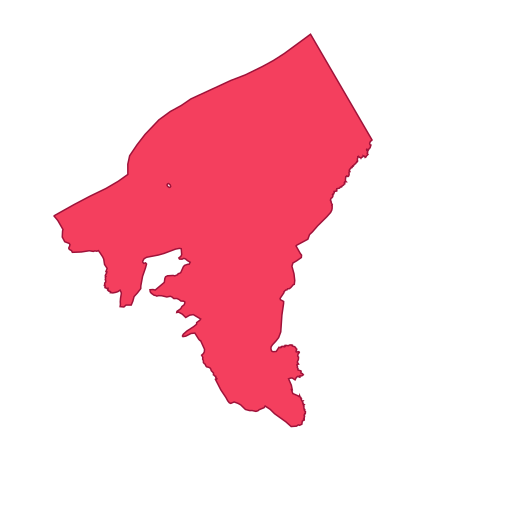 Fizi, Sud-Kivu, Democratic Republic of the Congo (Albers equal-area conic projection), rotated 240°
{"feature_id": "63176286B21708239892428", "entity_name": "Fizi", "entity_type": "district", "adm_level": 2, "iso_a3": "COD", "parent_name": "Democratic Republic of the Congo", "parent_adm1": "Sud-Kivu", "projection": "albers", "projection_center": [28.45, -4.276], "detail": "fine", "context": "isolated", "style": "filled", "palette": "rose", "viewbox_px": 512, "rotation_deg": 240, "n_neighbors": 0, "source": "geoboundaries", "source_scale": "gbopen_adm2", "svg_char_len": 6136}
<svg xmlns="http://www.w3.org/2000/svg" viewBox="0 0 512 512"><g transform="rotate(240 256 256)"><path d="M391.6,101.1L385.9,102.1L375.5,102.1L374.4,101.0L369.3,97.7L364.0,97.5L360.3,100.5L358.9,100.6L357.7,99.5L356.9,98.2L356.0,97.6L354.9,97.7L352.9,98.9L351.0,98.8L346.8,106.8L343.9,114.3L341.3,117.4L341.0,119.0L339.7,120.6L339.5,122.2L337.1,122.5L332.0,122.8L329.5,122.6L324.4,120.6L319.7,120.9L317.5,118.2L316.8,118.9L315.4,117.5L315.4,116.9L314.3,115.6L313.9,115.4L313.3,115.8L312.6,114.7L311.2,114.2L310.9,113.6L309.8,113.5L308.6,112.8L308.2,111.4L306.5,110.6L306.5,110.0L306.0,109.9L305.2,110.3L304.4,109.7L304.1,109.8L304.0,109.5L302.4,110.7L302.1,111.7L301.6,111.5L301.2,110.9L300.3,111.0L300.4,110.6L299.4,110.8L297.9,112.2L297.1,111.5L295.6,113.6L294.7,116.2L294.2,118.5L294.4,121.2L291.7,121.0L290.7,120.5L287.2,117.6L284.3,115.6L281.9,114.4L280.1,113.0L277.9,116.1L278.5,118.9L275.9,123.4L278.5,126.8L281.8,130.1L283.3,134.8L285.4,139.9L287.7,141.3L295.1,147.6L300.9,154.3L303.8,157.2L305.3,156.9L305.7,155.1L307.4,154.8L308.2,155.4L309.6,157.7L309.6,160.6L305.7,171.8L304.2,177.7L302.2,189.8L300.9,193.5L299.7,194.9L294.3,192.3L293.3,190.8L292.9,188.2L291.6,188.2L290.2,190.4L290.0,192.3L288.7,193.5L286.3,194.3L283.5,195.9L282.3,194.0L283.0,192.6L283.6,189.4L283.0,187.7L279.3,182.6L279.2,181.3L279.6,179.8L279.0,178.7L279.4,175.7L280.6,174.5L283.1,169.5L283.2,167.3L282.2,165.9L279.0,163.4L276.9,151.7L278.5,150.0L279.8,147.3L277.9,146.5L276.1,146.7L273.0,148.1L272.0,149.3L270.9,150.0L270.4,151.8L268.8,154.4L265.1,158.3L264.0,161.6L262.8,162.6L260.2,163.6L258.7,166.3L256.6,167.7L254.5,168.5L253.2,170.6L251.9,171.4L250.9,170.9L249.7,169.4L249.3,166.6L248.0,164.5L247.6,159.9L246.7,159.1L246.1,160.9L242.5,163.1L237.9,164.4L237.9,169.0L236.6,172.4L229.1,176.6L228.5,175.3L228.0,171.3L226.6,170.4L226.0,166.6L225.6,158.7L224.6,153.9L223.5,152.3L222.7,152.4L221.7,155.1L221.4,161.0L219.8,164.5L212.4,164.8L210.8,165.2L210.4,165.7L201.0,164.8L198.8,163.3L197.8,161.6L197.3,159.3L194.9,159.3L193.3,158.2L191.7,158.1L190.1,157.2L188.7,157.4L187.6,157.9L186.2,157.6L184.8,157.8L183.1,159.5L181.8,160.3L180.6,160.3L179.1,159.9L176.0,160.7L174.4,159.7L173.6,160.2L172.9,160.2L172.1,160.7L171.6,160.6L171.6,160.8L170.0,160.1L169.8,160.7L169.3,160.8L169.0,160.4L169.4,159.2L157.5,158.6L148.5,159.2L144.7,159.1L142.2,159.5L141.0,160.4L140.5,164.1L137.4,166.7L134.8,168.3L128.4,170.1L125.3,173.2L124.1,175.4L121.5,178.2L121.0,180.2L121.3,182.0L120.6,187.1L121.5,188.9L116.1,191.6L110.2,193.2L97.6,198.9L90.7,201.2L88.4,206.0L88.6,208.2L87.6,209.1L87.4,211.6L89.8,213.5L89.9,215.5L90.1,215.5L89.9,215.8L90.8,216.3L91.5,216.2L91.6,216.8L92.7,217.4L92.4,217.4L92.5,217.7L93.5,217.8L94.3,218.3L94.2,218.9L95.2,219.4L95.1,220.1L95.6,220.5L96.3,220.7L96.7,221.1L97.2,220.8L98.6,220.8L98.8,221.5L99.4,221.3L100.5,221.4L101.4,222.2L102.5,222.2L103.1,223.5L103.8,222.8L104.0,223.1L104.9,222.9L105.1,223.2L106.6,223.3L107.0,224.2L107.4,223.4L108.2,223.3L109.3,223.5L109.5,223.9L109.9,223.7L110.4,224.0L110.7,223.7L111.4,224.0L112.0,223.6L113.2,223.9L112.9,223.6L113.0,222.8L113.5,222.6L113.5,222.8L118.5,219.1L122.5,219.9L122.0,220.5L126.4,222.0L133.4,222.8L132.9,225.3L132.0,226.5L129.2,227.9L130.5,229.9L130.9,231.6L130.8,232.3L129.5,232.9L129.1,233.4L130.3,234.2L129.5,235.2L129.3,236.3L129.5,237.6L130.9,237.4L132.3,236.4L133.7,237.5L134.1,237.4L136.3,235.4L136.6,235.4L137.5,236.1L138.8,236.0L139.8,236.8L140.8,236.8L141.6,237.3L141.1,238.8L143.5,238.7L144.7,240.1L144.8,240.6L145.8,241.4L147.2,242.3L148.0,242.0L148.6,242.1L150.4,243.8L150.6,245.1L151.0,245.4L151.8,245.2L152.5,243.3L152.8,242.9L153.6,243.1L154.4,244.3L155.0,244.7L155.3,244.4L157.0,244.5L158.2,244.1L159.7,242.6L160.2,242.4L160.1,242.7L160.5,242.9L160.6,242.4L161.4,242.1L162.1,240.6L162.2,239.0L163.4,237.6L163.3,236.4L164.0,236.4L163.7,235.7L163.1,235.4L163.4,234.8L163.8,234.8L164.2,234.4L164.9,232.8L164.9,232.5L164.3,232.5L164.2,231.9L164.6,231.0L165.5,230.3L163.2,225.8L164.6,222.9L165.7,222.1L166.6,222.1L168.3,222.6L169.8,223.7L170.9,225.9L172.4,230.8L174.0,234.8L177.9,239.5L191.9,248.9L201.0,256.1L202.8,257.2L206.0,255.3L207.2,255.6L210.3,261.9L211.1,262.4L211.7,264.8L211.2,265.8L211.8,266.9L211.0,268.6L211.3,270.5L212.5,274.0L212.3,275.0L215.4,277.3L221.6,280.0L229.2,282.0L231.5,284.5L231.5,288.6L232.0,294.5L234.0,295.9L236.1,295.6L244.7,295.7L245.0,296.6L244.6,309.3L247.8,313.1L248.7,317.0L251.3,324.4L254.6,337.0L256.4,342.4L257.8,344.5L259.0,345.6L261.4,347.1L262.0,347.0L262.3,347.7L264.7,347.8L265.1,348.2L266.8,348.2L267.0,348.7L267.5,348.7L268.5,349.8L268.4,350.6L268.9,351.9L269.7,352.8L270.9,353.0L270.8,354.0L271.4,354.1L271.5,355.2L272.4,356.0L272.8,356.0L271.9,358.4L272.7,359.0L273.1,358.8L273.9,359.6L273.0,362.3L273.6,363.4L273.5,364.2L273.2,364.1L273.1,364.3L273.1,364.9L273.5,365.2L273.7,367.5L274.2,368.2L274.1,369.0L274.9,369.3L275.5,369.3L275.8,369.8L275.2,371.2L275.8,371.0L277.1,371.4L279.8,373.4L279.7,374.1L280.0,374.5L279.8,374.8L279.3,374.7L279.0,375.2L278.8,375.6L279.1,376.5L280.3,377.6L281.7,378.2L282.3,378.8L282.1,379.5L283.7,379.6L283.8,380.2L284.3,380.5L284.4,381.7L285.1,382.7L284.6,383.2L284.9,383.9L285.3,384.0L285.2,384.7L285.7,384.9L285.3,385.5L286.1,386.7L286.2,388.5L287.2,390.2L286.9,390.3L287.0,390.8L287.6,391.2L287.5,391.5L289.4,392.3L290.1,393.2L291.0,393.7L290.8,393.9L291.1,394.5L289.7,394.9L288.7,395.8L288.2,395.8L288.6,396.5L288.5,397.9L288.9,398.9L289.2,399.0L287.9,399.9L287.5,399.8L287.3,400.4L286.8,400.1L286.8,400.8L287.4,401.6L288.0,403.8L289.5,403.7L290.2,404.8L291.3,405.2L291.7,405.1L291.9,404.7L292.8,404.9L293.0,405.1L292.6,405.3L292.4,406.1L291.6,406.4L292.5,407.9L292.6,408.8L294.6,411.0L295.4,410.3L296.9,410.8L298.1,412.5L298.2,414.1L298.5,414.5L420.8,414.1L417.2,381.7L416.6,368.9L416.9,356.3L418.2,337.3L420.6,322.1L424.6,278.2L423.7,266.4L424.0,254.1L422.5,240.1L416.8,220.8L411.8,208.6L406.0,196.7L399.6,190.9L390.7,185.8L389.6,174.1L389.5,159.9L390.8,142.2L391.5,124.4L391.8,102.2L391.6,101.1ZM358.9,215.0L360.6,214.3L362.0,214.4L362.7,215.5L362.5,216.5L360.5,217.3L358.9,216.9L358.5,216.0L358.6,215.4L358.9,215.0Z" fill="#f43f5e" stroke="#9f1239" stroke-width="1.5"/></g></svg>